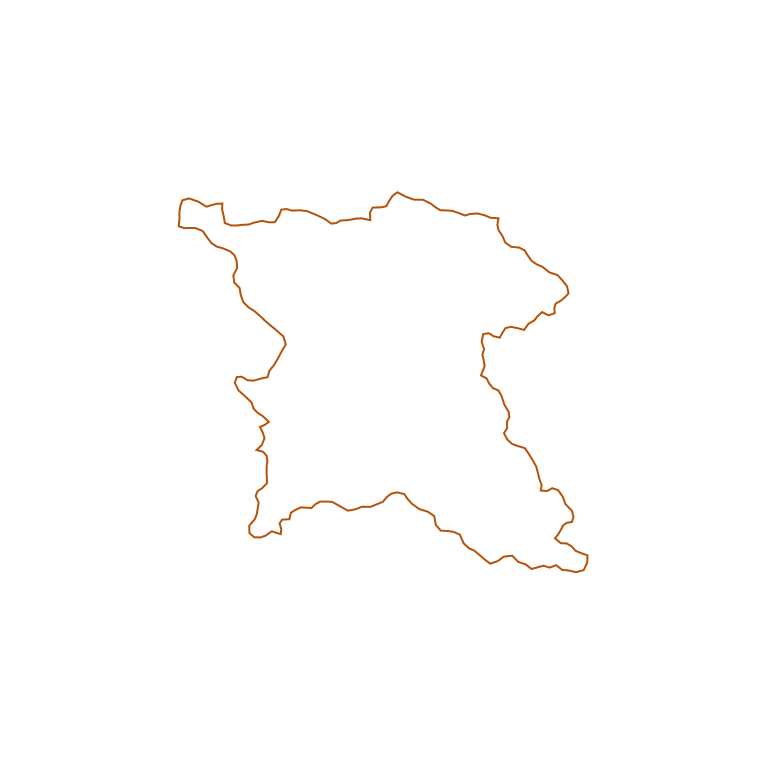 São José do Jacuri, Minas Gerais, Brazil (Natural Earth projection), rotated 309°
{"feature_id": "56859067B60051693205598", "entity_name": "São José do Jacuri", "entity_type": "district", "adm_level": 2, "iso_a3": "BRA", "parent_name": "Brazil", "parent_adm1": "Minas Gerais", "projection": "natural_earth1", "projection_center": [-42.674, -18.243], "detail": "fine", "context": "isolated", "style": "outline", "palette": "amber", "viewbox_px": 768, "rotation_deg": 309, "n_neighbors": 0, "source": "geoboundaries", "source_scale": "gbopen_adm2", "svg_char_len": 3382}
<svg xmlns="http://www.w3.org/2000/svg" viewBox="0 0 768 768"><g transform="rotate(309 384 384)"><path d="M305.8,520.4L310.1,526.5L312.8,531.0L314.7,537.7L310.3,546.1L309.8,553.6L311.3,558.8L311.3,565.1L311.0,572.2L311.2,579.7L318.0,583.8L325.4,585.9L331.3,591.7L330.2,600.4L332.9,607.3L333.1,615.1L338.7,619.1L343.2,622.4L345.5,628.2L351.5,631.8L351.7,639.6L355.4,645.0L358.6,651.7L365.1,656.3L373.2,654.3L378.9,649.9L376.5,643.4L374.9,637.6L375.9,632.3L375.1,626.4L371.5,621.5L371.7,614.0L376.7,614.0L381.6,613.3L386.6,612.2L391.0,613.3L395.0,616.8L399.7,615.1L403.7,609.9L404.9,600.6L408.9,593.7L411.1,586.1L408.9,580.3L403.2,577.9L399.9,572.8L404.5,570.2L408.4,563.9L412.3,558.8L415.6,554.3L418.3,547.6L420.8,540.5L422.8,533.8L420.3,527.7L418.0,521.3L418.5,514.6L421.3,508.2L426.9,507.5L432.4,503.2L437.1,502.3L440.8,498.4L443.8,490.3L448.6,483.0L451.0,476.9L449.4,471.3L450.5,465.7L452.9,460.2L451.7,454.0L456.2,452.5L461.1,451.1L464.9,446.8L468.8,442.0L474.2,439.7L478.3,433.3L485.4,429.7L489.4,433.6L490.1,439.1L492.9,444.8L498.3,443.8L503.8,443.2L508.2,446.5L511.4,452.5L514.1,458.8L521.8,458.4L528.0,460.8L533.2,460.7L539.4,461.6L540.9,468.7L546.5,472.1L550.0,468.7L554.5,466.8L559.9,469.0L565.4,470.0L570.5,470.4L575.1,464.8L576.8,457.5L577.8,450.2L574.8,442.1L574.8,433.6L573.1,427.4L572.6,421.3L574.3,415.1L576.3,409.3L575.1,403.2L570.7,396.5L570.2,389.4L573.6,382.7L575.6,376.3L579.1,371.9L584.8,368.7L580.3,362.3L578.6,356.4L575.4,349.4L570.2,343.8L565.9,340.9L563.7,333.9L561.5,328.0L558.0,323.1L554.5,318.4L553.8,312.9L553.6,307.1L551.8,298.5L546.1,291.2L543.2,282.7L541.4,273.7L535.4,272.2L529.5,272.8L523.6,273.9L519.6,270.7L513.9,264.1L508.4,265.3L502.7,270.2L498.6,262.3L494.1,257.4L489.1,253.3L483.7,247.4L479.0,245.6L475.5,242.1L475.0,234.2L473.3,226.9L471.5,220.8L470.0,215.5L465.9,209.1L460.8,203.3L458.6,198.1L454.9,194.5L448.5,196.5L441.1,197.4L437.4,193.1L434.1,186.6L428.2,181.9L422.8,178.5L418.6,173.8L414.6,169.9L411.1,165.6L408.9,159.1L413.8,153.5L417.8,148.3L422.5,144.8L418.6,140.4L414.3,137.3L410.1,134.5L408.9,125.2L405.6,115.8L399.9,111.7L394.8,113.5L388.8,116.8L383.3,121.4L377.4,125.2L379.5,130.8L382.8,134.6L386.6,139.5L388.8,146.8L386.3,155.4L384.9,161.5L385.5,167.5L388.1,173.5L390.3,181.1L390.0,186.6L386.9,192.1L381.9,196.8L373.7,198.5L368.6,203.8L367.8,211.2L362.8,217.0L359.1,223.1L358.3,230.8L359.1,236.6L358.8,245.7L358.3,251.5L358.1,258.2L358.1,264.1L357.6,276.0L352.9,282.8L346.2,283.7L337.5,285.4L329.7,286.6L322.2,286.6L316.0,289.2L310.5,284.7L304.6,280.6L301.1,275.7L300.1,268.8L296.8,265.3L291.1,267.2L287.5,274.8L287.0,284.3L286.3,292.7L282.7,298.3L282.1,303.9L282.7,309.9L282.1,318.3L277.1,317.0L272.6,314.6L269.7,320.7L266.7,325.2L259.8,327.4L252.5,326.5L255.2,332.7L254.3,338.0L250.6,342.0L246.1,344.6L239.9,349.7L233.5,355.5L226.6,354.9L221.1,353.2L216.2,354.7L213.0,361.2L207.8,364.2L202.4,367.2L197.5,368.7L189.1,368.4L183.4,373.3L183.2,379.7L187.2,384.7L191.8,387.5L198.9,389.5L202.3,398.2L206.5,395.6L210.0,390.5L214.6,390.3L219.4,395.6L225.3,392.7L230.4,394.4L235.5,396.8L238.5,400.8L241.9,405.6L247.6,406.4L252.4,408.4L255.8,412.5L259.8,417.9L261.2,426.0L262.8,435.6L268.5,440.5L274.7,444.1L280.1,450.9L286.0,454.1L291.7,457.3L297.9,457.3L303.6,458.8L308.0,462.3L311.2,469.0L309.5,474.8L308.5,481.0L309.0,490.0L312.3,498.4L313.0,506.1L307.1,512.9L305.8,520.4Z" fill="none" stroke="#b45309" stroke-width="2"/></g></svg>